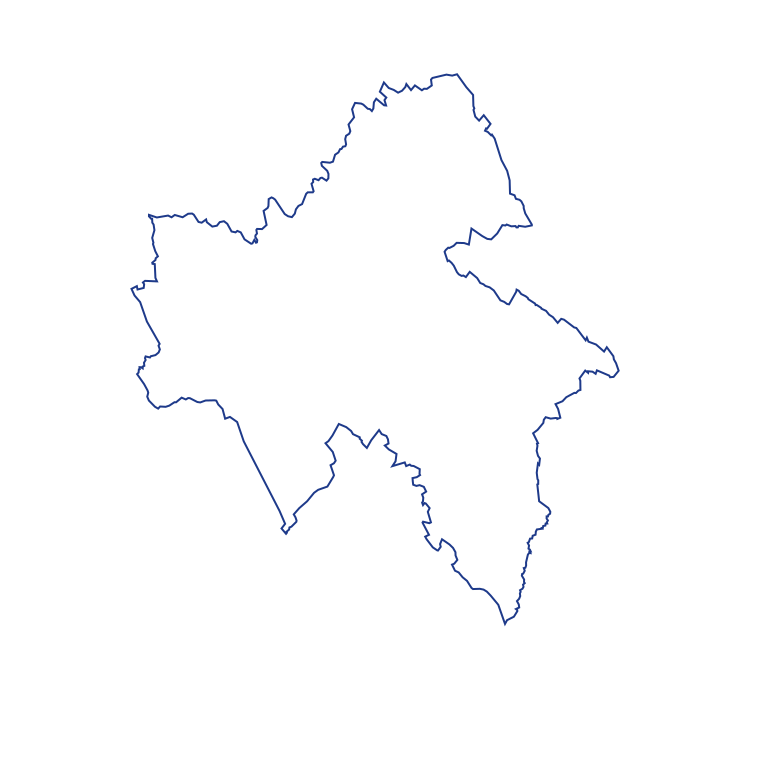 Makarfi, Kaduna, Nigeria (Equal Earth projection), rotated 153°
{"feature_id": "59680162B77220990792423", "entity_name": "Makarfi", "entity_type": "district", "adm_level": 2, "iso_a3": "NGA", "parent_name": "Nigeria", "parent_adm1": "Kaduna", "projection": "equal_earth", "projection_center": [7.915, 11.329], "detail": "fine", "context": "isolated", "style": "outline", "palette": "blue", "viewbox_px": 768, "rotation_deg": 153, "n_neighbors": 0, "source": "geoboundaries", "source_scale": "gbopen_adm2", "svg_char_len": 6166}
<svg xmlns="http://www.w3.org/2000/svg" viewBox="0 0 768 768"><g transform="rotate(153 384 384)"><path d="M216.9,628.5L220.9,636.0L226.5,633.6L227.9,641.1L230.2,638.9L234.8,637.1L239.2,637.2L241.8,641.6L245.4,645.6L247.2,652.7L255.0,646.3L251.9,638.2L254.7,636.7L255.7,631.2L257.4,632.3L261.4,641.7L265.1,639.6L268.4,634.3L270.9,632.7L271.8,635.4L273.5,636.6L275.6,642.3L277.0,644.2L282.2,647.6L287.7,643.3L289.6,635.2L297.8,631.3L299.2,624.6L301.3,622.8L305.1,622.4L307.4,619.8L309.0,614.7L310.5,613.4L312.8,614.1L315.2,612.7L316.5,613.2L319.5,611.0L323.5,610.5L328.5,605.3L331.7,605.7L338.2,609.9L339.6,609.4L340.3,606.6L337.8,599.7L338.1,596.4L340.2,592.5L342.9,591.3L345.6,596.0L347.1,596.4L349.8,595.3L352.5,598.3L354.4,598.4L355.4,596.1L357.7,595.3L359.2,587.7L360.4,587.1L364.9,589.4L367.0,588.8L375.3,581.5L379.4,581.5L383.2,579.6L386.1,576.3L390.3,574.5L393.3,577.0L395.3,580.5L397.3,597.7L398.3,599.8L399.5,601.3L402.8,601.1L406.2,595.0L407.8,593.7L412.7,592.9L416.4,579.0L422.3,577.4L426.7,579.8L427.8,579.2L428.9,575.7L431.0,574.8L431.9,573.5L431.6,569.7L432.9,567.9L433.9,568.0L434.1,571.3L437.4,569.0L438.7,569.3L442.6,576.2L442.8,584.1L445.2,587.0L447.4,586.5L450.6,589.1L450.9,597.9L452.7,601.7L456.9,602.8L461.0,600.9L465.5,602.2L468.4,608.6L467.8,611.4L473.2,610.5L475.7,612.6L476.6,621.2L477.6,623.0L481.2,624.6L487.7,624.0L493.7,629.6L497.6,629.0L499.9,632.1L510.8,635.5L516.6,641.4L517.3,640.1L516.4,636.9L515.6,636.5L517.2,632.9L516.9,630.7L518.7,625.3L524.2,619.4L525.3,614.6L526.3,613.6L527.5,606.2L527.5,600.4L530.3,599.7L531.4,598.2L535.4,597.3L535.7,596.2L533.8,594.9L539.5,582.3L539.7,578.5L550.1,584.4L552.7,583.9L552.4,581.8L554.5,578.7L560.7,580.1L559.8,583.4L565.8,583.4L566.1,576.1L564.1,567.7L566.9,547.3L565.7,521.6L567.5,520.5L568.0,516.6L570.5,514.4L574.5,513.5L579.2,514.6L580.5,513.9L583.9,516.8L585.2,515.6L585.5,513.6L588.2,511.9L589.3,509.0L591.0,509.1L591.9,507.5L592.9,509.3L594.2,510.0L594.9,508.1L595.8,508.3L597.5,505.6L599.5,504.9L597.8,492.8L597.6,485.6L598.0,483.3L600.7,480.2L601.0,476.0L598.4,467.7L596.4,464.6L593.7,465.6L588.9,462.8L585.1,462.2L579.0,462.9L577.5,462.1L570.5,463.7L567.6,460.2L564.9,460.4L563.4,459.5L558.5,452.7L556.1,451.0L550.5,450.3L542.2,446.3L541.0,445.3L541.0,441.0L539.2,435.0L541.3,425.2L536.2,424.6L532.1,416.8L535.0,396.6L534.7,318.2L535.6,304.3L540.9,301.8L539.3,295.0L538.0,295.6L537.9,296.6L534.6,297.4L533.4,299.1L531.3,298.9L524.7,301.0L523.9,302.0L523.4,305.4L523.6,308.8L515.8,311.9L505.8,314.4L495.7,318.8L490.7,319.6L481.0,318.3L471.5,324.2L470.0,325.4L468.5,335.9L464.6,336.1L461.9,337.6L460.5,346.7L463.0,357.8L459.5,358.3L453.3,361.5L442.4,368.9L437.2,362.7L434.6,357.0L434.4,353.4L429.8,347.5L430.5,346.3L429.4,343.5L430.3,342.6L430.0,339.9L428.3,334.8L420.9,339.7L409.3,345.2L408.8,340.4L405.5,336.6L405.6,332.9L407.0,328.9L411.2,328.8L409.4,323.5L404.6,316.0L408.8,309.9L413.8,307.0L401.1,304.7L401.5,300.8L397.6,300.5L396.9,298.8L394.8,297.5L390.8,291.9L393.2,287.7L393.2,286.5L397.1,286.1L401.3,287.2L402.7,283.8L403.7,281.0L401.4,278.5L398.2,277.7L395.2,274.3L395.3,269.0L400.2,268.4L400.6,264.9L402.6,261.7L403.9,261.0L404.2,258.4L401.9,259.5L401.0,258.5L399.7,252.7L403.0,250.2L405.0,239.4L406.8,239.4L411.7,243.6L412.6,243.0L412.4,229.2L416.6,229.3L416.5,226.3L414.7,216.3L412.1,211.6L411.5,211.1L407.4,213.2L406.7,215.9L402.8,219.3L398.5,211.3L396.9,206.6L396.7,201.7L398.1,198.7L398.5,194.0L403.0,192.0L405.4,192.2L405.5,185.4L403.0,182.2L401.7,176.1L399.4,170.9L398.6,162.5L397.8,160.9L391.6,158.0L388.6,155.6L386.6,152.3L385.0,147.0L382.4,135.4L385.1,115.3L381.6,117.7L373.9,117.7L368.3,121.1L367.9,122.1L368.6,123.6L365.0,123.5L364.0,126.4L364.1,130.2L361.1,131.3L358.9,133.2L358.0,135.7L356.6,136.8L356.4,138.5L353.6,138.7L351.8,139.9L351.2,142.1L349.0,142.7L349.2,143.9L347.9,146.2L348.2,150.6L347.2,152.0L346.1,151.8L343.4,153.7L343.0,156.5L341.5,156.1L339.8,157.7L338.4,160.6L333.3,166.6L331.4,167.6L330.4,166.9L330.4,168.6L329.3,168.1L329.2,170.2L330.0,171.7L328.1,174.2L328.1,177.3L326.7,177.4L324.1,179.9L322.1,179.1L320.4,181.3L317.4,180.9L315.7,183.6L313.8,185.0L308.6,183.2L308.7,184.1L307.6,183.9L306.6,185.2L304.5,184.6L303.4,186.2L301.9,185.6L301.8,186.8L299.9,188.0L300.2,190.3L299.2,192.2L298.0,191.6L296.9,192.8L294.9,193.0L293.8,194.7L293.9,198.9L299.0,209.1L293.0,224.9L292.0,224.9L290.3,228.2L290.4,229.6L288.2,235.6L282.9,243.3L282.4,241.6L278.9,246.8L279.4,250.1L278.3,255.2L275.3,259.3L274.8,261.4L273.6,261.3L273.5,272.4L268.0,273.4L259.7,277.0L257.8,279.6L255.0,281.0L251.2,277.5L246.3,275.7L245.2,274.9L245.4,274.2L242.2,273.9L240.2,282.8L240.3,288.2L232.8,287.6L227.5,289.5L218.4,289.7L217.1,288.8L213.7,289.9L211.7,289.5L207.6,297.8L207.3,300.2L198.6,304.6L197.1,301.4L196.4,302.7L192.6,300.3L190.8,297.0L188.1,299.5L179.5,289.2L179.5,287.4L176.2,286.1L168.9,289.3L167.8,297.2L168.0,301.6L167.0,304.6L168.8,315.6L173.2,313.0L177.1,322.9L182.6,328.9L182.2,333.2L184.5,331.4L187.2,346.6L188.9,348.1L194.4,359.6L196.5,361.6L201.5,359.6L203.1,366.8L205.4,370.8L206.4,375.6L209.5,379.6L209.4,380.5L212.1,385.2L213.1,385.5L212.9,387.1L216.9,394.0L216.8,395.4L217.9,397.8L220.9,401.9L221.6,405.9L223.0,407.9L224.3,406.2L236.4,398.2L238.0,399.4L239.6,402.6L242.3,405.7L243.7,417.5L246.0,422.2L249.1,425.3L250.1,427.7L252.4,430.3L252.9,436.1L256.7,445.0L262.5,442.1L264.0,444.6L265.8,445.1L267.6,447.8L268.2,450.6L268.1,457.8L268.8,461.3L270.1,464.6L271.5,464.6L270.0,474.3L268.1,475.4L264.9,476.3L263.9,475.5L259.2,475.5L255.2,476.8L248.6,473.2L245.1,469.7L235.5,482.8L229.3,471.2L226.1,466.4L222.8,464.2L214.8,466.7L206.4,471.8L203.8,470.1L202.3,470.4L199.0,466.7L195.1,465.0L194.9,463.4L193.7,462.8L192.2,463.8L186.8,460.0L180.3,458.2L179.9,459.0L180.7,471.8L179.7,477.2L178.7,479.3L178.7,484.4L179.6,486.6L182.4,489.1L182.0,492.9L185.3,496.4L179.6,508.4L177.5,518.0L177.7,530.2L174.0,552.4L174.6,557.2L175.6,556.9L177.1,561.5L179.0,563.8L177.0,565.4L176.3,564.7L171.0,567.4L173.1,578.2L179.7,575.5L181.3,580.8L179.8,587.6L178.4,588.6L178.2,591.0L173.4,601.1L175.9,611.1L178.3,626.8L183.2,627.8L187.9,631.3L201.9,634.7L203.9,633.9L205.9,628.3L211.8,627.5L214.2,628.9L216.9,628.5Z" fill="none" stroke="#1e3a8a" stroke-width="2"/></g></svg>